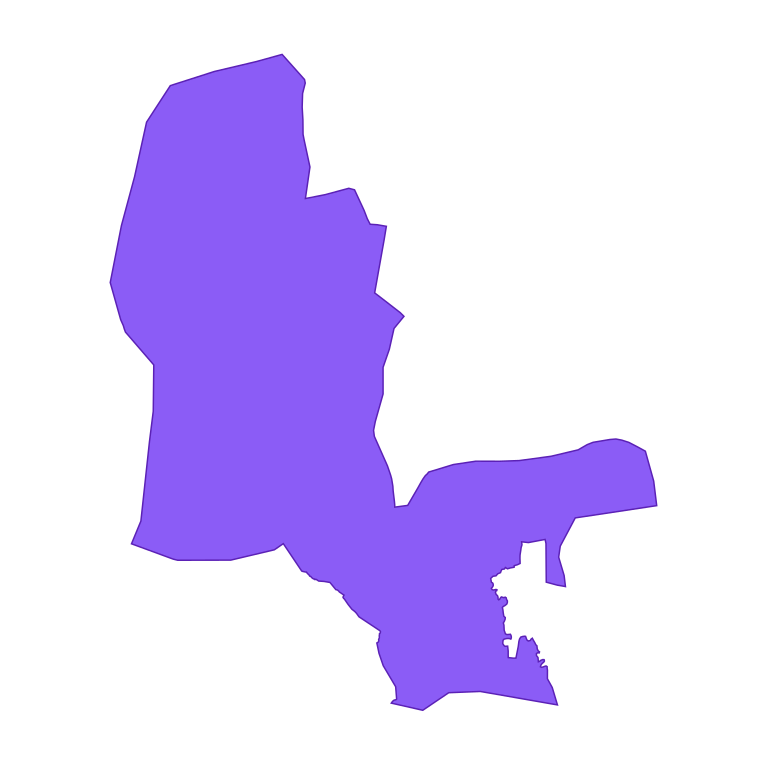 the district of Jega, Kebbi, Nigeria, rotated 183°
{"feature_id": "59680162B13498430232382", "entity_name": "Jega", "entity_type": "district", "adm_level": 2, "iso_a3": "NGA", "parent_name": "Nigeria", "parent_adm1": "Kebbi", "projection": "orthographic", "projection_center": [4.336, 12.103], "detail": "fine", "context": "isolated", "style": "filled", "palette": "violet", "viewbox_px": 768, "rotation_deg": 183, "n_neighbors": 0, "source": "geoboundaries", "source_scale": "gbopen_adm2", "svg_char_len": 3804}
<svg xmlns="http://www.w3.org/2000/svg" viewBox="0 0 768 768"><g transform="rotate(183 384 384)"><path d="M662.7,471.0L650.3,434.4L647.4,428.7L646.2,425.3L644.9,422.3L614.9,391.0L613.0,344.7L615.2,314.1L619.6,234.4L627.8,211.2L585.4,198.1L580.8,197.2L580.7,197.2L527.8,200.1L484.8,212.7L476.2,219.3L456.4,192.9L455.5,192.6L454.3,192.4L452.3,192.1L451.5,192.1L450.8,191.0L448.7,189.2L448.2,188.3L447.1,188.0L446.3,187.1L445.3,186.3L444.0,185.6L443.0,185.6L442.8,185.1L441.5,185.3L438.9,183.8L433.5,183.7L427.6,183.0L426.4,181.7L421.3,176.1L420.7,176.0L420.4,176.0L420.1,175.9L419.8,175.8L419.4,175.6L419.1,175.4L418.8,175.1L418.6,175.0L418.2,174.6L417.9,174.2L417.6,173.9L416.9,173.5L414.3,171.9L412.9,171.1L413.7,169.3L413.8,168.9L413.1,167.8L412.4,167.3L408.4,162.1L404.3,157.4L401.3,155.3L399.5,153.6L396.8,150.2L375.5,137.6L375.0,137.2L374.5,136.3L374.9,134.9L375.5,134.3L375.4,133.0L375.6,132.2L375.4,131.3L375.4,130.2L375.9,128.9L376.0,128.3L375.8,127.4L376.0,126.4L376.4,125.9L377.0,125.4L377.6,125.0L377.4,124.3L374.9,114.8L370.0,102.6L356.5,82.3L354.9,70.0L355.5,69.4L356.4,69.1L357.3,68.9L358.0,68.3L358.7,67.7L359.2,67.0L360.0,65.7L328.2,60.2L303.2,79.1L271.8,82.0L194.0,72.6L200.1,89.7L205.4,98.2L205.8,106.8L206.2,108.7L206.3,110.3L207.4,110.9L208.7,110.5L210.2,109.8L211.7,109.3L213.0,109.8L212.6,111.4L211.6,113.0L209.9,114.6L209.3,115.8L209.7,117.1L211.1,117.1L212.9,116.3L214.0,115.3L215.3,114.7L215.9,118.9L217.5,120.7L217.7,122.7L216.6,123.6L214.9,123.6L214.7,124.7L216.0,125.5L217.1,127.5L217.6,130.6L218.8,131.6L219.8,133.5L221.4,135.9L222.6,137.9L223.8,136.9L224.5,135.5L226.5,134.9L228.0,136.0L229.4,139.4L230.4,139.5L232.4,139.1L234.2,138.4L235.3,136.4L235.8,134.1L236.2,128.9L237.9,117.2L240.4,117.0L245.6,117.3L245.8,119.8L246.0,123.8L246.8,128.7L249.5,128.4L250.4,129.0L251.8,130.9L251.8,132.5L251.7,134.3L250.7,135.5L247.8,136.3L245.7,136.4L244.0,135.9L243.6,137.0L243.6,138.1L244.0,139.6L244.7,140.7L245.9,140.5L248.2,140.2L249.7,140.9L250.2,142.2L251.1,144.4L251.3,146.4L251.6,149.4L252.3,151.6L251.3,153.6L250.7,155.6L250.7,157.2L252.1,158.2L252.5,159.7L253.0,162.0L253.4,164.5L254.1,167.1L253.2,168.1L251.6,169.1L249.9,170.6L249.4,172.1L249.4,173.8L250.4,175.4L250.8,176.9L251.9,177.5L253.0,176.9L254.3,177.2L255.7,177.5L256.6,176.3L257.3,175.0L258.2,174.5L258.8,175.1L259.0,177.1L259.6,178.6L261.0,179.7L261.8,181.7L261.5,183.1L260.6,183.5L260.4,184.4L261.4,184.7L262.5,184.4L263.8,184.0L265.3,184.3L266.1,185.6L265.1,186.8L264.4,188.2L264.5,189.9L265.1,191.0L266.3,191.6L267.3,195.4L265.1,197.7L262.1,198.3L260.5,200.4L257.8,201.7L257.3,203.4L256.6,205.0L254.0,205.6L253.2,207.1L251.0,205.9L248.3,206.9L244.5,207.8L244.4,209.4L241.3,210.5L238.7,211.9L238.8,213.6L239.1,217.0L239.2,220.3L238.7,225.1L238.5,227.8L237.8,230.6L238.3,233.6L231.5,233.2L215.0,237.2L213.9,233.2L211.6,194.6L200.4,192.2L193.5,191.4L192.2,191.2L194.1,202.2L200.5,220.2L199.5,231.3L186.0,260.3L105.3,276.8L109.6,301.2L119.5,330.6L127.6,334.5L136.4,338.5L143.6,340.4L149.5,341.2L155.5,340.4L172.2,336.7L177.9,334.1L186.7,328.4L213.3,320.6L245.0,314.6L264.4,312.9L288.4,311.7L310.5,307.2L334.8,298.4L336.1,296.5L337.9,294.7L340.0,291.4L342.0,287.6L344.8,281.9L354.0,264.0L366.8,261.6L367.0,264.2L367.5,267.6L368.6,273.9L369.3,278.0L369.8,282.4L371.4,289.7L372.6,293.3L376.3,302.5L390.9,331.2L392.0,337.2L390.7,346.2L384.4,374.0L385.8,400.6L380.5,418.9L376.9,440.0L367.6,452.6L371.4,456.0L392.4,470.6L398.1,474.5L391.4,528.2L389.9,541.6L399.1,542.7L406.2,542.8L409.3,548.1L412.9,556.2L423.6,576.4L429.4,577.6L453.1,569.9L472.2,565.1L469.3,596.8L476.6,623.8L477.9,629.1L478.8,643.5L480.2,656.2L480.5,669.8L478.4,680.4L479.3,683.9L502.7,707.5L503.0,707.8L528.4,699.3L569.8,687.2L613.0,670.8L634.8,633.1L643.9,578.1L654.5,528.5L662.7,471.0Z" fill="#8b5cf6" stroke="#5b21b6" stroke-width="1.5"/></g></svg>